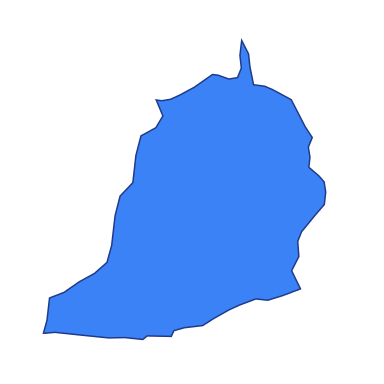 the district of Chonma, P'yŏngan-bukto, North Korea, rotated 96°
{"feature_id": "82179303B45554830914621", "entity_name": "Chonma", "entity_type": "district", "adm_level": 2, "iso_a3": "PRK", "parent_name": "North Korea", "parent_adm1": "P'yŏngan-bukto", "projection": "equal_earth", "projection_center": [124.872, 40.075], "detail": "fine", "context": "isolated", "style": "filled", "palette": "blue", "viewbox_px": 384, "rotation_deg": 96, "n_neighbors": 0, "source": "geoboundaries", "source_scale": "gbopen_adm2", "svg_char_len": 1035}
<svg xmlns="http://www.w3.org/2000/svg" viewBox="0 0 384 384"><g transform="rotate(96 192 192)"><path d="M125.3,78.1L115.1,86.4L102.4,94.7L89.8,103.0L81.8,122.5L79.2,130.8L78.9,142.0L61.3,147.5L48.8,150.2L36.1,158.4L41.1,158.5L51.1,158.6L63.6,155.9L73.5,158.7L75.8,167.1L73.1,178.3L73.0,183.9L80.3,192.3L87.6,200.7L97.2,214.8L102.1,223.2L104.4,231.6L104.2,237.2L119.4,228.9L131.8,234.6L141.5,248.6L161.4,251.6L176.4,251.7L188.9,251.8L203.6,263.1L223.5,266.0L241.0,266.2L253.5,266.3L270.9,269.2L283.2,280.5L292.9,294.5L300.2,303.0L305.1,308.6L312.3,322.6L334.8,322.8L347.9,325.0L347.9,323.8L345.9,313.7L345.9,301.7L345.9,279.6L345.8,259.6L343.8,243.6L343.8,225.5L339.8,221.5L338.1,201.4L337.8,197.5L331.8,195.5L327.8,185.5L323.7,167.4L315.7,157.4L305.7,143.4L299.7,133.4L293.7,121.4L291.7,117.4L291.7,105.3L285.7,91.3L277.0,74.0L259.9,84.7L245.0,79.0L230.0,81.7L220.1,78.9L202.9,67.6L190.6,59.1L178.1,59.0L168.1,61.7L162.9,67.3L155.2,78.4L145.2,78.3L135.2,81.0L125.3,78.1Z" fill="#3b82f6" stroke="#1e3a8a" stroke-width="1.5"/></g></svg>